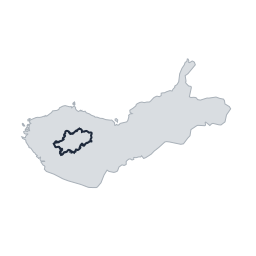 Finland, with Central Finland highlighted, rotated 71°
{"feature_id": "FIN-3177", "entity_name": "Central Finland", "entity_type": "Province", "adm_level": 1, "iso_a3": "FIN", "parent_name": "Finland", "parent_adm1": "", "projection": "mercator", "projection_center": [25.479, 62.526], "detail": "fine", "context": "in_parent", "style": "outline", "palette": "slate", "viewbox_px": 256, "rotation_deg": 71, "n_neighbors": 0, "source": "natural_earth", "source_scale": "10m", "svg_char_len": 7479}
<svg xmlns="http://www.w3.org/2000/svg" viewBox="0 0 256 256"><g transform="rotate(71 128 128)"><path d="M111.8,120.5L110.9,116.7L109.7,113.4L108.4,112.5L108.0,111.2L107.7,108.5L108.0,106.4L109.3,104.4L109.6,101.6L110.4,99.4L110.0,98.0L107.8,93.9L107.5,92.6L107.3,90.3L108.6,88.2L108.2,86.1L105.9,85.3L106.0,84.1L106.6,81.9L106.3,80.1L106.3,76.1L107.4,74.3L106.0,72.9L104.7,70.4L103.6,70.2L102.9,67.5L100.8,65.0L93.6,61.5L89.1,57.5L86.7,54.3L84.5,52.5L84.3,50.8L82.0,49.4L82.5,48.7L84.3,48.6L85.7,49.3L86.3,48.4L85.6,45.9L85.7,45.2L87.4,43.8L90.2,43.8L96.2,53.7L97.1,56.9L102.7,57.9L103.3,58.7L104.8,58.5L108.0,57.0L109.2,54.9L110.5,55.0L118.4,59.8L119.6,58.7L120.4,55.8L121.0,54.5L121.9,53.5L123.8,53.0L125.2,50.5L125.4,43.6L126.1,41.6L127.4,34.7L129.9,31.6L131.8,28.3L133.6,27.9L136.8,28.5L140.8,25.2L143.3,24.7L147.7,30.6L153.8,34.3L155.4,39.1L154.6,41.0L151.3,46.1L151.2,47.5L152.3,49.8L147.7,52.6L148.0,53.3L150.5,53.7L150.8,54.7L148.2,61.1L148.2,62.2L150.0,69.0L155.5,71.9L157.1,74.9L161.0,80.7L160.6,83.4L154.7,93.3L153.4,96.0L153.2,97.7L156.5,105.4L158.3,110.7L160.3,114.6L161.8,120.9L161.9,123.1L158.7,124.2L159.5,125.4L158.8,127.3L158.7,130.1L157.8,131.8L157.9,132.3L159.5,132.7L159.6,133.9L159.5,134.7L157.9,136.0L157.7,137.5L158.6,139.9L159.2,140.7L161.7,141.5L162.0,142.1L162.1,143.9L160.9,145.6L161.0,146.2L162.0,149.3L165.2,151.9L165.5,153.7L165.5,154.9L165.3,156.0L162.8,160.2L161.0,161.5L164.6,165.9L171.0,171.4L173.8,176.1L174.0,177.4L171.9,183.3L171.1,184.9L165.8,191.3L158.5,201.7L154.8,206.2L147.6,213.0L142.5,219.3L139.7,220.5L137.5,219.1L136.4,219.4L135.4,220.4L131.8,221.4L131.7,220.4L132.5,217.7L132.1,217.7L131.5,219.0L131.2,220.4L130.5,221.2L129.1,221.5L127.6,220.3L127.0,220.3L127.7,222.1L127.6,222.6L126.9,222.5L125.3,223.8L124.9,223.8L124.4,222.7L122.8,223.9L121.2,224.2L120.2,225.1L115.5,226.4L114.2,228.0L113.4,227.7L108.1,229.0L106.0,228.6L103.6,231.0L101.7,231.3L103.6,228.8L103.7,228.0L102.7,227.6L102.0,226.7L101.3,224.8L100.9,224.7L100.3,227.1L99.1,227.9L97.5,227.9L97.3,226.8L97.6,225.9L97.3,225.7L97.6,225.0L98.4,224.9L98.6,224.5L98.6,224.0L97.9,223.6L98.5,221.9L95.8,221.6L92.4,219.8L92.0,218.3L90.4,219.3L88.9,218.2L88.6,217.5L88.2,211.8L88.4,210.2L89.2,208.3L89.5,206.3L89.5,202.8L90.0,202.8L89.4,201.6L90.2,201.3L90.3,200.9L88.4,195.1L87.3,193.8L88.2,189.5L88.1,188.6L87.9,187.4L86.6,186.1L86.1,182.3L86.4,180.1L89.0,176.2L89.2,174.7L90.7,174.6L90.0,173.2L89.8,171.5L91.9,170.9L92.7,171.4L94.6,170.8L96.3,169.5L95.7,167.1L96.5,167.0L96.3,166.5L96.3,165.9L97.0,166.1L98.1,164.4L98.1,163.1L100.0,162.5L102.2,159.8L104.1,158.4L106.2,155.8L107.1,155.6L107.6,153.8L109.8,151.1L110.7,148.9L112.8,146.4L114.9,142.0L115.2,140.8L118.4,139.1L121.3,139.6L121.3,138.5L120.8,137.8L122.1,136.6L121.8,134.9L121.1,134.0L121.8,127.2L120.9,125.8L117.6,123.5L116.2,123.3L115.4,121.5L115.8,119.4L113.9,121.0L111.8,120.5ZM94.7,222.3L96.6,222.3L97.1,223.2L96.3,223.8L96.2,224.5L96.7,225.6L95.8,225.6L95.2,224.4L94.3,223.5L94.7,222.3ZM117.6,137.0L116.4,137.7L115.4,137.3L115.3,136.0L117.1,135.1L118.9,136.1L118.0,136.3L117.6,137.0ZM87.2,170.1L87.1,171.2L88.3,170.4L88.7,170.7L88.7,171.6L88.3,171.5L87.3,172.5L86.4,171.6L85.9,170.1L87.2,170.1ZM89.0,219.4L88.9,220.2L87.7,220.2L87.2,219.4L87.0,218.1L87.4,217.5L87.7,218.2L89.0,219.4ZM93.6,222.7L93.0,222.7L92.1,221.9L92.0,221.6L92.3,221.4L92.2,220.4L92.8,220.9L93.2,221.6L92.8,221.7L93.6,222.7ZM92.2,226.0L91.4,226.6L91.0,226.4L91.1,225.5L91.6,225.0L92.5,225.0L92.2,226.0ZM90.5,226.6L89.7,226.7L89.3,226.2L90.0,225.5L90.5,225.5L90.7,226.0L90.5,226.6Z" fill="#d9dde1" stroke="#a8b0b8" stroke-width="1"/><path d="M128.5,166.8L128.8,167.0L128.7,167.3L128.2,168.2L128.1,168.4L128.1,168.8L128.3,168.9L128.5,169.4L128.7,170.5L128.9,171.1L128.9,171.3L128.7,171.4L128.6,171.5L128.7,171.9L128.7,172.5L129.0,173.0L129.3,173.6L129.6,174.1L129.9,174.4L130.0,174.6L129.6,174.5L129.4,174.6L129.3,175.0L129.6,175.5L129.9,175.6L130.0,175.7L130.1,175.9L130.0,176.1L129.8,176.3L129.7,176.3L129.4,176.2L128.9,176.2L127.9,176.5L127.8,176.8L127.9,177.0L128.2,177.3L128.8,177.7L128.9,177.9L128.7,178.2L128.8,178.4L130.4,179.8L130.5,179.9L130.7,179.7L130.8,179.4L131.1,179.4L131.3,179.6L131.6,180.0L131.8,180.4L131.9,180.8L132.1,181.1L132.3,181.6L132.4,182.2L132.3,182.5L132.2,182.7L132.3,182.7L132.4,182.8L132.3,183.0L131.4,184.1L131.5,184.3L132.3,185.1L132.6,185.2L133.1,185.2L133.3,185.4L133.3,185.8L133.2,186.0L133.1,186.3L133.2,186.5L133.8,187.0L133.4,187.3L133.1,187.4L133.0,187.6L133.0,187.8L133.0,188.0L132.9,188.2L132.6,188.2L132.6,188.4L132.6,188.5L132.7,189.0L132.8,189.3L132.8,189.5L132.6,189.5L132.4,189.3L132.1,189.1L131.8,188.9L131.7,189.0L131.4,189.3L131.5,189.3L131.5,189.5L131.3,189.6L131.2,189.7L131.2,189.8L130.9,189.5L130.7,189.6L130.2,190.0L129.4,191.1L129.4,191.8L130.6,193.8L130.6,194.2L130.4,194.3L130.3,194.7L130.3,195.1L130.2,195.7L130.5,195.7L130.5,195.8L130.5,196.0L130.5,196.6L130.5,196.9L130.6,197.1L131.3,197.9L131.5,198.1L131.7,198.7L131.8,198.9L131.8,199.2L131.7,200.0L130.7,199.7L130.5,199.8L130.4,200.1L130.4,200.3L130.1,200.5L130.0,200.4L129.9,200.3L129.9,200.1L130.0,200.0L129.9,199.8L129.5,199.8L128.7,200.2L128.3,200.0L128.0,199.8L127.9,199.7L127.9,199.3L127.9,199.2L128.0,198.9L127.9,198.7L127.8,198.4L127.6,198.6L127.4,198.6L127.2,198.1L127.2,197.9L126.7,197.4L126.6,197.5L126.5,197.9L126.4,197.9L126.3,197.7L126.3,197.4L126.3,197.2L126.2,197.2L126.1,197.4L126.0,197.6L125.8,198.3L125.5,198.9L125.4,199.1L125.2,199.1L125.3,198.9L125.1,198.9L124.7,198.8L124.3,199.0L123.9,199.3L123.4,199.3L123.1,199.8L122.9,201.3L122.8,202.0L122.7,202.4L122.5,202.7L122.3,202.8L118.6,203.3L118.4,202.7L118.4,202.2L118.2,201.8L118.1,201.7L118.2,201.4L118.1,201.1L117.9,201.0L117.7,201.2L117.5,201.3L117.4,201.1L117.2,200.8L117.1,200.4L117.2,200.1L117.5,199.8L117.8,199.8L118.4,200.1L118.6,200.0L118.6,199.9L118.6,199.7L118.4,199.2L118.3,198.8L118.3,198.5L118.4,198.3L118.6,198.4L118.8,198.5L118.9,198.4L118.9,198.1L118.7,197.7L118.7,197.4L118.4,197.1L118.3,196.6L118.4,195.9L118.5,195.1L118.4,194.5L118.0,193.2L118.0,192.9L117.8,192.6L117.0,193.0L116.7,193.0L116.3,192.7L116.1,192.5L116.1,192.4L116.1,192.1L116.1,191.8L116.1,191.6L116.0,191.4L115.8,191.3L115.6,191.0L115.4,190.6L115.2,190.3L115.0,190.1L114.7,190.1L114.3,190.3L114.1,190.4L114.2,190.7L114.0,190.8L113.7,190.7L113.3,190.4L113.0,189.9L112.9,189.5L112.6,189.0L111.9,188.8L111.5,188.7L111.1,188.4L110.9,188.2L110.7,187.6L110.7,187.0L110.9,186.5L111.6,185.6L111.9,185.3L112.2,185.1L112.3,185.1L113.0,185.3L113.3,185.1L113.3,184.9L113.2,184.7L113.6,184.5L113.8,184.6L114.0,184.8L114.3,184.7L114.5,184.6L114.8,184.5L114.8,184.3L114.9,184.2L114.9,183.9L114.9,183.7L114.9,183.4L115.0,183.4L115.0,183.2L115.2,182.9L115.2,182.7L115.4,182.5L115.4,182.4L115.1,182.4L114.8,182.4L114.8,182.2L115.3,181.6L115.2,181.3L115.0,181.1L114.7,180.6L114.1,179.1L113.6,178.2L113.6,177.9L114.2,177.8L114.3,177.5L114.2,177.2L113.7,176.8L113.4,176.5L113.4,176.2L113.2,175.9L113.1,175.7L113.0,175.4L113.0,175.2L113.0,174.8L113.0,174.7L112.9,174.7L112.7,174.2L113.0,174.1L113.2,173.9L113.4,173.5L113.5,173.1L114.9,172.4L115.4,172.4L116.7,172.8L116.7,172.7L116.7,172.3L116.7,171.9L116.9,171.4L116.9,171.0L116.9,170.8L116.9,170.4L117.0,170.3L117.2,170.2L117.1,169.5L117.1,168.7L117.3,168.2L118.0,167.5L119.2,166.7L119.6,166.5L119.8,165.9L119.9,165.2L120.2,164.5L120.5,164.1L120.9,164.0L121.5,164.2L121.9,164.4L122.7,165.2L123.1,165.4L125.1,165.6L125.5,165.9L126.2,166.8L126.6,167.1L127.1,167.3L127.6,167.2L128.5,166.8Z" fill="none" stroke="#1e293b" stroke-width="2"/></g></svg>